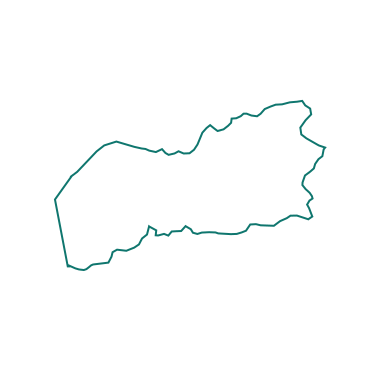 Foinikaria, Limassol, Cyprus, rotated 236°
{"feature_id": "46923920B54656513612440", "entity_name": "Foinikaria", "entity_type": "district", "adm_level": 2, "iso_a3": "CYP", "parent_name": "Cyprus", "parent_adm1": "Limassol", "projection": "orthographic", "projection_center": [33.104, 34.76], "detail": "fine", "context": "isolated", "style": "outline", "palette": "teal", "viewbox_px": 384, "rotation_deg": 236, "n_neighbors": 0, "source": "geoboundaries", "source_scale": "gbopen_adm2", "svg_char_len": 1674}
<svg xmlns="http://www.w3.org/2000/svg" viewBox="0 0 384 384"><g transform="rotate(236 192 192)"><path d="M198.9,48.7L199.5,49.1L193.9,52.6L191.0,55.0L187.8,58.7L187.1,61.3L187.3,64.4L187.6,67.4L187.2,69.5L180.2,83.2L183.4,89.1L186.5,92.5L186.1,97.6L180.0,104.7L178.2,113.0L178.2,118.7L181.4,124.6L181.9,130.9L187.4,137.1L187.5,137.2L187.2,137.3L180.2,140.9L176.4,137.7L174.9,139.6L172.9,145.4L169.1,148.0L170.6,153.1L168.6,156.5L165.7,161.2L167.0,166.4L167.3,167.6L166.8,167.8L161.8,170.2L157.7,170.0L154.2,173.0L152.9,177.4L149.1,183.7L145.3,188.9L143.0,190.6L135.3,200.7L132.2,205.7L130.7,210.6L129.7,215.1L132.5,222.1L129.6,227.0L126.0,230.3L118.2,241.0L118.6,248.7L117.3,256.0L117.3,260.4L113.8,265.8L107.0,271.1L104.3,273.2L104.4,274.2L104.4,278.0L113.0,280.0L117.2,280.4L119.2,284.6L119.2,288.3L121.5,289.1L125.5,289.1L130.9,287.8L136.0,287.4L138.1,289.0L142.5,294.9L142.8,301.4L143.4,306.2L146.4,309.8L148.5,315.2L148.8,320.1L153.7,325.0L154.4,327.2L159.5,323.3L161.0,322.5L172.6,316.8L178.6,314.8L184.8,317.8L188.0,326.3L189.7,334.2L195.1,336.6L200.5,334.3L205.9,334.3L208.1,329.6L211.6,323.3L214.3,315.7L217.6,310.2L218.9,305.0L220.1,298.7L218.5,292.6L218.4,288.3L222.2,284.0L226.4,281.1L228.1,278.5L227.6,274.8L228.4,269.9L230.7,265.9L227.5,263.1L226.7,258.9L226.3,253.2L228.3,247.3L232.1,246.0L237.3,244.4L236.9,239.8L235.4,233.8L228.3,223.1L225.9,217.3L225.5,211.6L228.6,206.6L233.3,203.6L233.7,199.1L235.9,193.4L239.2,191.8L244.3,191.1L245.3,184.4L250.2,179.7L253.7,177.5L256.2,174.6L261.6,169.5L276.1,157.5L279.7,145.3L279.0,135.6L272.9,108.1L272.5,100.4L272.2,100.4L262.4,74.2L199.8,47.4L198.9,48.7Z" fill="none" stroke="#0f766e" stroke-width="2"/></g></svg>